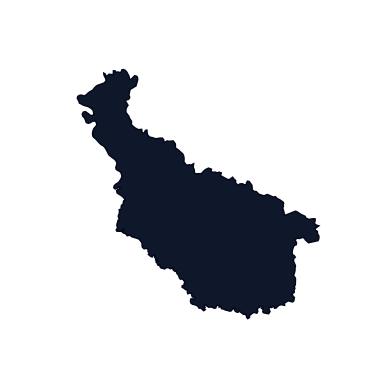 the district of São Vicente do Sul, Rio Grande do Sul, Brazil, rotated 54°
{"feature_id": "56859067B73403830410426", "entity_name": "São Vicente do Sul", "entity_type": "district", "adm_level": 2, "iso_a3": "BRA", "parent_name": "Brazil", "parent_adm1": "Rio Grande do Sul", "projection": "robinson", "projection_center": [-54.782, -29.692], "detail": "fine", "context": "isolated", "style": "filled", "palette": "ink", "viewbox_px": 384, "rotation_deg": 54, "n_neighbors": 0, "source": "geoboundaries", "source_scale": "gbopen_adm2", "svg_char_len": 5787}
<svg xmlns="http://www.w3.org/2000/svg" viewBox="0 0 384 384"><g transform="rotate(54 192 192)"><path d="M53.9,230.8L56.1,229.6L57.4,229.1L59.2,227.9L61.0,226.4L62.2,225.6L64.2,224.7L65.9,224.2L67.3,224.0L69.0,224.4L71.4,225.7L71.8,227.2L70.9,228.6L69.8,229.4L68.1,229.7L66.4,230.3L64.4,230.9L63.5,232.9L64.5,235.0L66.5,235.8L68.9,235.4L71.0,235.8L73.0,236.6L74.2,236.4L75.5,235.5L76.1,233.5L76.2,230.9L77.7,228.5L79.7,228.6L81.3,229.3L82.2,230.3L82.6,232.0L83.0,234.0L84.1,235.8L85.9,237.8L87.2,238.7L88.7,239.4L90.1,239.3L91.8,238.8L94.6,238.4L97.1,238.2L98.6,238.0L100.4,237.6L102.1,236.8L103.6,236.3L106.0,236.3L107.5,236.5L109.8,236.8L112.2,237.3L113.6,237.3L116.1,236.6L117.7,236.1L120.0,235.3L122.2,235.2L123.6,235.4L125.1,236.1L126.1,237.5L127.4,239.2L128.7,239.9L130.2,239.7L131.7,239.0L133.0,238.3L134.3,238.1L136.0,238.5L137.9,239.3L139.2,240.8L140.1,242.7L141.0,245.2L141.1,247.1L140.9,248.9L141.2,251.3L142.5,252.7L144.4,252.4L144.6,250.7L145.0,248.4L146.5,247.6L147.0,249.0L146.2,250.5L146.7,252.3L148.9,253.1L150.8,252.4L152.7,251.5L154.8,250.9L156.3,250.6L157.7,250.7L159.4,250.4L159.0,252.6L160.4,253.9L161.5,255.1L161.3,256.8L162.7,258.3L164.3,259.5L163.5,261.2L165.2,262.2L166.6,263.4L168.1,265.8L170.0,266.6L171.6,266.5L171.4,268.4L172.7,269.8L174.0,271.7L175.5,272.8L177.1,272.9L178.2,275.6L179.5,275.8L180.7,274.3L181.8,272.9L182.6,271.1L183.9,271.9L185.2,271.3L186.4,270.4L187.6,270.1L189.3,270.1L190.4,267.6L192.9,266.9L194.9,265.4L196.9,263.8L199.2,262.4L201.5,262.4L202.8,262.3L204.3,262.6L205.9,263.8L207.6,264.6L209.8,264.1L210.4,262.6L211.5,261.5L213.1,261.4L214.4,262.6L216.1,262.2L216.9,264.0L218.3,263.6L219.8,263.3L221.1,262.4L220.5,260.8L221.1,259.4L222.9,260.6L224.4,260.4L225.6,261.4L227.6,261.8L230.0,262.3L231.4,262.5L232.1,261.0L233.7,261.8L235.5,261.6L236.5,260.4L238.0,259.6L238.2,256.9L239.7,255.3L241.2,254.7L241.9,253.1L242.5,251.7L243.7,253.0L245.5,252.7L247.2,251.4L249.2,252.1L251.2,251.8L252.6,252.1L254.0,252.7L255.7,252.6L256.5,251.0L258.1,250.7L260.8,250.7L261.6,252.3L262.7,253.4L262.2,255.1L263.3,256.0L265.0,255.1L267.0,254.6L268.9,253.3L270.3,254.7L272.0,255.1L272.3,253.5L273.4,251.9L275.3,252.8L277.1,253.4L278.0,252.3L279.4,252.0L280.2,253.4L278.8,254.2L277.9,255.9L279.5,257.5L281.4,258.1L283.0,257.6L284.5,256.3L286.2,255.0L288.1,254.4L290.2,254.5L291.2,253.0L293.2,252.7L294.9,252.3L294.9,250.4L293.2,250.9L293.1,249.3L291.2,248.9L291.6,247.1L293.3,246.9L295.3,246.0L296.1,244.2L297.4,243.2L298.9,242.5L299.8,241.0L298.3,238.9L299.4,236.7L301.1,237.7L301.3,236.2L303.8,236.6L305.6,235.0L307.3,234.2L308.7,232.8L310.4,231.7L311.2,230.1L310.5,228.0L311.0,225.8L312.0,226.8L314.0,227.1L315.4,226.4L316.4,225.3L315.7,223.5L317.5,223.5L319.2,222.8L321.0,222.4L322.4,220.7L324.1,220.7L325.7,221.5L327.2,221.3L327.3,219.2L325.7,218.2L325.7,216.3L325.5,213.8L326.3,212.2L328.2,210.7L327.1,208.8L325.3,208.3L324.6,206.4L325.1,204.9L323.6,204.4L326.2,202.2L326.9,204.2L328.8,203.3L330.6,205.2L332.0,204.9L335.5,201.6L334.6,199.2L332.2,198.6L330.5,197.4L332.1,195.7L332.7,192.7L334.5,193.5L335.3,192.0L334.8,190.0L334.8,187.9L335.7,185.9L338.1,183.7L336.0,182.5L336.4,181.1L336.4,178.3L340.0,175.3L339.9,173.6L337.5,171.2L336.0,171.5L333.4,171.1L333.2,168.2L331.4,167.1L330.4,165.4L328.7,164.9L327.7,162.9L325.6,161.3L324.0,160.0L322.3,158.9L320.7,159.0L319.0,158.8L317.6,156.6L316.0,154.8L314.1,153.4L312.8,151.9L311.5,151.4L310.1,151.1L308.5,150.8L306.6,149.9L305.6,148.6L305.5,146.8L303.9,146.7L301.6,147.5L299.9,146.7L298.2,145.1L297.1,143.8L296.1,142.2L295.3,140.6L295.9,138.7L294.4,137.2L293.1,137.2L291.5,136.6L290.8,134.4L292.1,133.2L293.0,131.8L293.4,130.1L294.3,128.7L295.7,128.2L297.6,128.4L299.6,127.9L301.5,127.6L305.4,118.6L304.3,116.9L302.3,115.3L300.2,115.1L298.8,114.6L297.5,113.7L295.6,114.7L293.9,114.0L293.9,111.9L293.9,109.3L292.4,110.5L290.7,111.4L288.7,111.1L288.0,109.7L286.2,108.2L285.2,109.2L284.3,110.7L283.0,113.4L281.0,114.7L279.8,115.2L278.2,114.8L276.5,115.7L274.8,116.8L269.5,118.8L268.4,119.6L265.5,130.7L263.0,129.8L261.4,129.1L258.6,128.2L257.0,126.2L255.7,125.8L255.1,124.5L253.8,124.3L251.9,124.9L250.1,125.5L248.9,126.1L247.1,127.1L244.9,127.2L243.8,129.3L238.6,132.3L237.9,133.6L237.7,135.2L237.0,136.4L233.2,139.2L229.4,139.8L227.8,141.6L225.7,142.0L221.8,139.6L217.2,139.6L215.9,140.7L216.6,142.5L218.0,143.8L217.3,145.2L214.8,146.5L213.6,148.6L213.6,150.9L210.0,151.4L208.5,150.0L206.1,150.4L203.9,150.5L204.0,154.5L202.7,155.9L195.4,159.4L193.8,157.1L191.9,158.4L191.5,160.3L189.7,161.4L187.5,164.4L186.2,164.2L185.0,162.9L182.4,164.6L181.8,168.0L182.0,170.4L182.7,173.5L179.3,178.6L177.6,178.6L175.4,177.2L172.6,176.5L170.1,174.1L169.6,177.0L168.4,178.2L167.1,180.7L163.0,180.9L159.9,178.5L157.1,177.3L155.4,177.2L150.3,178.3L148.8,178.7L146.9,179.6L143.2,177.2L139.6,177.2L137.8,180.5L136.1,182.1L135.7,185.8L133.1,184.2L131.0,184.3L129.7,186.1L128.0,189.4L126.9,190.7L124.3,192.4L123.0,193.9L120.2,194.4L118.8,194.1L115.4,192.1L114.8,193.5L116.3,196.1L114.9,197.3L113.6,197.0L111.8,195.9L109.8,199.0L106.2,200.6L101.9,201.5L99.2,199.4L95.2,199.2L93.6,198.6L88.7,198.7L86.0,196.6L85.0,195.0L84.2,192.8L79.1,192.4L78.8,191.0L79.6,189.4L79.5,187.8L78.5,186.6L76.5,186.2L74.8,184.3L72.6,181.8L73.2,175.0L69.2,169.9L66.8,168.6L65.5,169.0L64.2,170.0L65.1,175.0L64.2,176.2L61.0,174.9L56.6,174.3L54.3,174.5L52.5,175.6L52.0,177.0L52.9,178.2L53.5,179.8L51.4,181.3L50.8,183.0L48.6,183.1L47.8,184.4L50.9,186.7L48.0,189.9L48.4,192.7L46.9,193.3L45.4,192.9L44.0,193.5L45.5,194.4L50.2,195.3L51.7,196.4L52.2,199.1L50.1,206.2L50.3,208.9L51.3,212.5L50.8,217.4L51.2,219.4L51.2,222.4L48.3,224.9L47.6,226.5L47.6,228.3L48.8,229.7L52.5,230.2L53.9,230.8ZM227.6,261.8L226.5,260.0L228.2,260.0L227.6,261.8ZM182.6,271.1L181.6,269.4L182.9,269.5L182.6,271.1Z" fill="#0f172a" stroke="#020617" stroke-width="1.5"/></g></svg>